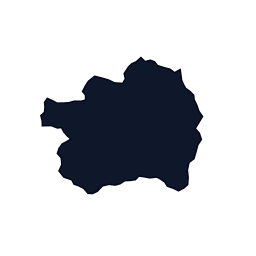 Itapevi, São Paulo, Brazil, rotated 38°
{"feature_id": "56859067B43997995571258", "entity_name": "Itapevi", "entity_type": "district", "adm_level": 2, "iso_a3": "BRA", "parent_name": "Brazil", "parent_adm1": "São Paulo", "projection": "albers", "projection_center": [-46.972, -23.55], "detail": "fine", "context": "isolated", "style": "filled", "palette": "ink", "viewbox_px": 256, "rotation_deg": 38, "n_neighbors": 0, "source": "geoboundaries", "source_scale": "gbopen_adm2", "svg_char_len": 1262}
<svg xmlns="http://www.w3.org/2000/svg" viewBox="0 0 256 256"><g transform="rotate(38 128 128)"><path d="M133.1,49.8L130.7,55.7L124.8,55.8L120.1,57.9L112.9,60.6L108.1,59.5L103.9,60.8L100.5,65.2L94.8,64.5L93.7,70.7L91.4,75.1L90.8,79.7L91.5,87.5L95.7,90.9L96.3,96.2L89.5,100.8L83.0,102.2L76.6,104.8L69.9,107.7L68.0,115.6L68.6,121.5L69.7,127.2L74.3,128.2L77.3,132.1L74.6,135.8L69.1,140.0L65.9,144.4L61.7,148.2L56.5,152.2L51.0,153.1L46.1,154.4L46.5,159.2L49.7,162.6L52.5,167.0L51.7,171.9L56.0,175.2L59.1,179.0L66.1,173.3L72.3,171.5L75.2,168.6L80.2,170.7L85.6,171.7L89.8,171.7L87.9,176.8L86.0,181.1L86.2,186.4L88.0,191.5L93.7,192.6L98.4,197.5L100.0,204.3L107.8,206.2L115.5,203.4L120.1,205.5L124.5,203.9L130.2,202.8L136.7,204.1L140.4,201.5L142.8,196.8L143.5,189.4L147.7,184.1L153.0,180.9L156.1,176.8L157.9,171.5L162.2,167.8L165.7,164.1L166.1,159.2L170.7,156.5L175.8,153.9L181.0,148.9L185.0,148.2L190.5,148.0L194.9,149.6L200.8,147.6L206.5,146.4L208.9,140.9L209.9,135.9L205.9,130.0L200.7,124.6L197.3,117.7L198.9,111.5L195.8,103.9L193.4,98.3L192.9,91.9L187.4,88.2L181.3,87.1L180.5,80.1L179.6,73.0L173.6,71.2L168.2,67.7L162.7,65.0L159.5,61.7L154.1,61.0L149.2,61.3L145.2,59.7L140.8,57.3L136.6,53.2L133.1,49.8Z" fill="#0f172a" stroke="#020617" stroke-width="1.5"/></g></svg>